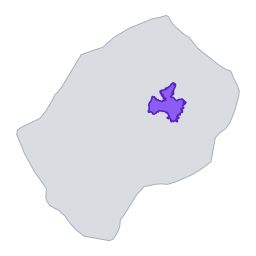 location of Bokong, Thaba-Tseka, Lesotho
{"feature_id": "5366337B35229058377929", "entity_name": "Bokong", "entity_type": "district", "adm_level": 2, "iso_a3": "LSO", "parent_name": "Lesotho", "parent_adm1": "Thaba-Tseka", "projection": "orthographic", "projection_center": [28.644, -29.377], "detail": "fine", "context": "in_parent", "style": "filled", "palette": "violet", "viewbox_px": 256, "rotation_deg": 0, "n_neighbors": 0, "source": "geoboundaries", "source_scale": "gbopen_adm2", "svg_char_len": 6246}
<svg xmlns="http://www.w3.org/2000/svg" viewBox="0 0 256 256"><path d="M176.8,181.5L168.3,184.1L167.1,184.4L161.6,183.8L154.3,184.4L148.6,185.9L144.2,186.5L137.0,194.2L123.9,215.2L120.4,219.6L119.5,227.8L116.5,234.3L112.8,239.4L109.2,240.6L98.2,238.7L84.2,236.2L76.0,229.9L68.7,221.7L64.8,215.7L60.8,212.5L59.4,210.6L53.7,207.9L51.5,206.5L49.6,205.5L47.2,201.5L45.8,198.0L46.3,188.3L42.2,182.6L35.2,172.8L30.7,164.8L24.6,153.8L20.8,144.4L16.8,134.6L17.3,130.4L20.9,127.5L31.5,122.4L39.7,118.5L45.5,111.5L51.9,101.0L55.0,94.7L58.1,91.8L61.5,87.4L67.4,77.5L74.0,66.6L81.1,54.8L90.2,51.4L102.5,47.4L114.4,37.1L128.6,28.5L151.5,19.1L162.2,16.7L166.2,15.4L168.8,17.1L171.6,22.5L175.4,26.9L184.5,34.7L188.3,36.6L197.6,48.1L207.6,56.1L219.0,65.2L226.8,69.8L230.8,71.0L234.0,79.1L237.3,85.1L239.2,90.8L238.7,96.2L235.1,109.6L229.7,123.2L225.5,128.8L220.3,132.4L215.3,137.7L213.3,148.7L211.0,161.6L204.4,166.8L199.3,170.3L192.3,174.5L176.8,181.5Z" fill="#d9dde1" stroke="#a8b0b8" stroke-width="1"/><path d="M173.9,121.5L173.9,121.3L174.1,121.0L175.0,120.4L175.4,120.3L175.5,120.1L175.8,120.3L175.9,120.9L176.1,121.3L176.7,121.6L177.1,121.7L177.5,121.5L177.5,121.1L176.6,119.3L176.5,118.8L176.5,118.3L176.8,118.1L177.2,118.1L178.0,118.6L178.4,118.6L178.6,118.5L178.7,118.3L179.0,117.5L178.8,117.2L178.5,117.0L177.6,117.4L177.3,117.4L177.0,116.4L177.0,115.8L177.3,115.5L178.1,115.4L178.4,115.2L178.1,114.7L178.3,114.6L178.7,114.5L179.5,114.8L179.8,115.0L180.1,115.0L180.2,114.8L180.2,114.4L179.6,114.1L179.4,113.8L179.8,113.4L180.8,112.9L181.2,112.3L181.3,112.0L181.4,111.7L181.8,111.7L181.9,111.8L182.0,112.1L182.2,112.3L182.5,112.1L182.5,111.9L182.3,111.6L182.4,111.1L182.5,111.0L182.4,110.7L182.1,110.4L181.3,110.3L181.0,109.8L180.9,109.6L181.2,108.9L181.6,108.6L182.6,108.9L182.9,108.7L183.8,107.8L183.8,107.7L183.6,107.5L183.3,107.6L183.2,107.5L183.1,107.1L182.8,106.6L182.6,105.4L183.7,105.0L183.9,104.9L184.0,104.7L183.9,104.1L183.5,103.5L183.6,103.3L184.0,103.3L184.7,103.7L184.8,103.9L185.0,103.9L185.4,103.5L185.7,103.0L185.8,102.4L185.7,102.1L185.4,101.8L185.0,101.7L184.3,101.9L183.9,102.3L183.6,102.3L183.5,101.9L183.7,101.7L184.2,101.2L184.2,100.8L183.5,100.3L183.2,99.8L182.9,99.7L182.6,99.2L182.3,99.1L182.1,99.3L181.9,99.2L181.8,99.4L181.6,99.3L181.5,99.5L181.0,99.3L180.2,99.5L179.6,99.3L179.3,99.4L179.1,99.6L178.3,99.5L178.0,99.7L177.7,100.4L177.2,100.8L176.9,100.8L176.6,100.5L176.1,100.5L175.4,100.0L175.1,99.5L174.9,99.4L174.6,98.7L174.1,98.3L173.2,97.4L171.5,97.3L171.1,97.1L170.8,96.8L170.7,96.5L170.8,96.4L171.0,96.2L171.1,95.9L171.3,95.8L171.4,95.7L171.8,95.6L171.8,95.3L172.0,95.4L172.1,95.2L172.3,94.9L172.7,94.6L172.7,94.4L172.9,94.4L172.6,94.1L172.9,93.9L172.7,93.8L172.9,93.7L172.8,93.4L172.9,93.2L173.1,93.1L172.9,93.0L173.1,92.9L172.9,92.7L173.2,92.4L172.9,92.3L173.1,92.2L173.0,91.7L173.3,91.8L173.3,91.6L173.4,91.4L173.3,91.1L173.3,90.9L173.5,90.8L173.5,90.4L173.4,90.3L173.6,90.1L173.8,89.9L173.7,89.6L174.0,89.4L173.9,89.1L174.2,88.3L174.5,87.9L174.9,87.7L175.0,87.3L175.0,87.1L175.2,86.6L175.4,86.3L175.4,85.5L175.6,85.1L175.4,84.1L175.1,83.9L175.0,84.0L174.9,84.1L174.8,84.4L174.6,84.8L174.3,84.9L174.1,84.9L173.8,84.6L173.8,83.0L173.3,82.8L173.1,82.8L171.1,84.3L170.8,84.8L170.6,85.5L170.2,85.9L169.8,86.1L169.6,86.4L169.2,86.5L168.8,86.9L168.7,86.9L168.5,87.1L168.3,87.1L167.9,87.7L167.6,87.7L167.4,87.8L167.0,87.8L166.9,88.0L166.6,88.0L166.6,88.4L166.3,88.2L166.3,88.6L166.1,88.5L166.0,88.8L165.7,88.7L165.5,88.9L165.3,88.8L165.2,89.1L164.9,89.1L165.1,89.2L165.1,89.5L164.9,89.5L164.8,89.8L164.5,89.8L164.0,89.8L163.3,90.0L163.0,90.0L162.7,90.4L162.4,90.5L162.1,90.3L161.7,90.4L161.6,90.6L161.3,90.4L161.1,90.6L160.6,90.8L160.3,91.0L160.7,91.2L160.1,91.8L160.3,92.2L160.6,92.1L160.8,91.8L160.8,92.3L160.9,92.6L160.4,92.8L160.3,93.0L160.7,93.9L160.5,94.2L161.3,93.3L161.5,93.4L161.5,93.6L161.4,93.9L161.6,94.4L161.7,94.6L161.4,94.8L161.5,95.0L161.8,95.0L162.3,94.7L162.6,94.7L162.5,95.2L162.7,95.4L162.8,95.8L163.2,95.7L163.3,95.9L162.9,96.1L162.4,96.2L162.3,96.4L162.9,96.7L163.2,96.5L163.4,96.5L163.5,97.0L163.3,97.5L163.5,97.5L163.7,97.1L163.9,97.2L164.0,97.5L163.6,97.8L163.5,98.1L163.5,98.3L163.8,98.4L164.0,98.3L164.1,98.7L164.5,98.7L164.6,99.2L164.8,99.3L165.0,99.1L164.9,98.8L164.9,98.7L165.3,98.4L166.0,98.4L165.9,98.8L165.4,99.0L165.2,99.6L164.9,100.0L165.2,100.2L165.0,100.3L164.7,100.1L164.6,100.4L164.6,100.6L164.3,100.6L163.8,100.2L163.2,100.3L162.8,100.5L162.8,101.4L162.5,101.5L162.1,101.4L161.3,101.5L160.8,101.0L160.4,100.8L159.0,100.8L158.7,100.4L158.3,100.3L158.3,99.9L158.0,99.7L157.4,99.8L156.5,99.7L156.1,99.4L155.9,99.4L156.0,99.0L156.1,98.8L156.1,98.6L155.8,98.3L155.0,98.2L154.9,97.5L154.5,96.8L154.3,96.7L153.5,97.1L153.2,97.1L152.8,97.0L152.7,96.9L152.7,96.6L152.4,96.5L151.9,97.2L152.0,97.3L151.9,97.4L151.9,97.5L151.9,97.9L151.7,99.0L151.2,99.9L150.9,101.2L150.3,101.8L149.9,102.0L149.5,102.4L149.4,102.9L149.3,103.1L149.3,103.5L148.9,104.0L148.9,104.5L148.6,105.0L148.7,105.3L149.0,105.6L149.1,105.9L149.3,106.0L149.0,106.7L149.1,107.0L149.1,107.7L149.0,108.5L149.1,109.9L148.9,110.2L148.2,110.9L148.2,111.1L148.6,111.3L148.7,111.5L148.6,112.1L148.9,112.3L149.2,112.3L149.4,112.1L149.9,112.2L150.5,111.9L150.8,111.8L151.0,111.8L152.4,112.7L152.6,113.7L152.8,113.9L153.1,114.0L153.2,113.8L153.3,113.9L154.2,114.2L154.7,113.9L155.0,113.6L156.0,113.2L156.7,112.0L156.9,112.0L157.1,112.0L157.4,111.9L158.1,112.0L158.3,111.9L158.8,110.9L158.9,111.0L159.0,110.9L159.5,111.0L160.8,110.9L161.1,111.0L161.3,110.9L161.8,110.9L162.2,111.1L162.4,111.0L163.3,111.2L163.3,111.3L163.7,111.2L163.8,111.3L164.1,111.3L164.4,111.5L164.6,111.5L165.1,111.7L165.2,111.8L165.3,111.9L165.6,112.2L165.8,112.2L166.0,112.3L166.1,112.5L166.2,112.4L166.3,112.4L166.5,112.6L166.8,112.5L166.8,112.8L167.0,113.0L167.2,112.9L167.4,113.1L167.6,112.9L167.9,113.3L167.9,113.6L168.1,114.1L168.4,114.5L168.4,114.9L168.6,115.4L169.0,115.6L169.3,116.0L168.9,116.5L168.6,116.9L167.2,117.6L167.1,117.8L167.6,118.3L168.8,118.7L169.0,118.5L169.6,118.0L169.8,118.0L170.6,119.0L170.5,119.6L170.6,120.0L171.0,121.0L171.0,121.5L171.2,121.8L171.4,121.7L171.5,121.5L171.2,120.6L171.3,120.5L171.5,120.4L171.6,120.5L172.4,120.8L172.6,121.2L173.0,121.5L173.4,121.6L173.9,121.5Z" fill="#8b5cf6" stroke="#5b21b6" stroke-width="1.5"/></svg>